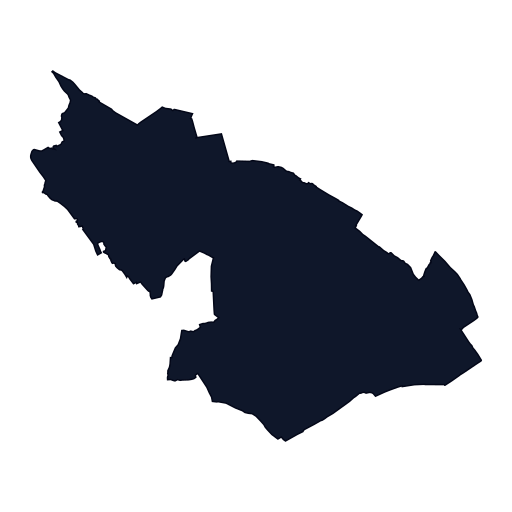 the district of Dobarceni, Botosani, Romania
{"feature_id": "2599482B34827774742587", "entity_name": "Dobarceni", "entity_type": "district", "adm_level": 2, "iso_a3": "ROU", "parent_name": "Romania", "parent_adm1": "Botosani", "projection": "mercator", "projection_center": [27.051, 47.84], "detail": "fine", "context": "isolated", "style": "filled", "palette": "ink", "viewbox_px": 512, "rotation_deg": 0, "n_neighbors": 0, "source": "geoboundaries", "source_scale": "gbopen_adm2", "svg_char_len": 5975}
<svg xmlns="http://www.w3.org/2000/svg" viewBox="0 0 512 512"><path d="M444.7,385.2L445.0,385.2L451.9,380.7L459.4,375.4L460.3,374.6L460.7,374.0L460.9,374.3L463.3,372.8L477.2,363.4L480.8,361.1L481.2,360.6L481.3,360.2L477.9,354.6L474.7,350.1L472.8,347.9L471.8,345.6L470.3,344.1L468.8,342.1L460.5,329.3L461.2,329.5L461.8,329.2L463.4,327.4L473.8,320.5L476.9,318.2L477.9,317.0L477.1,315.1L476.6,313.1L475.6,310.8L474.2,306.6L473.3,304.8L471.8,299.5L469.8,294.6L468.0,292.2L466.9,289.9L464.1,284.9L460.4,279.3L460.2,278.7L457.3,274.4L454.9,271.9L450.2,267.6L444.9,261.4L438.8,255.4L435.5,251.9L435.1,251.9L433.3,255.8L432.2,257.4L430.7,260.6L431.1,261.3L430.9,261.6L431.0,261.8L430.4,262.5L430.8,262.9L429.1,264.6L427.5,267.6L427.1,268.1L426.3,268.5L425.9,269.2L424.8,272.0L423.8,275.2L423.7,275.8L424.0,276.4L423.1,276.5L421.6,278.3L418.7,280.3L415.5,277.2L413.2,274.2L410.6,267.6L407.5,264.4L405.2,263.4L403.7,261.2L402.9,260.8L401.0,260.6L397.6,257.7L394.2,255.9L391.1,252.8L390.4,252.7L388.8,253.7L387.4,253.5L387.1,252.7L383.6,250.6L379.5,247.0L379.2,247.3L365.4,236.3L362.7,234.5L359.7,231.4L355.1,227.9L356.3,225.7L355.8,225.4L361.3,216.2L362.0,214.9L361.6,214.7L361.8,214.5L357.3,211.2L354.5,209.9L351.8,208.1L348.2,206.4L342.5,202.8L338.8,201.0L338.7,200.4L335.8,198.7L329.0,195.0L319.9,189.5L315.7,186.8L316.0,186.4L313.1,184.5L312.9,184.0L312.3,183.6L311.4,183.5L310.5,183.8L308.5,182.7L308.1,183.5L306.3,183.8L304.3,182.8L302.5,182.6L300.9,180.8L299.7,180.1L300.5,178.9L298.4,177.8L295.7,175.6L294.9,175.4L293.4,173.2L290.5,172.4L288.7,171.6L287.0,171.4L286.1,171.0L283.1,168.4L281.3,167.4L278.1,166.7L274.5,167.4L273.5,166.8L273.9,166.3L273.8,164.9L267.3,163.4L267.6,163.1L266.5,162.8L261.6,161.7L252.4,160.6L249.6,161.4L236.8,161.1L236.3,162.0L234.3,163.0L232.6,163.2L231.3,163.1L230.9,162.6L230.8,161.3L229.2,161.5L221.4,133.9L197.2,137.6L196.0,138.0L196.0,137.7L196.8,136.7L194.1,127.5L192.5,121.4L191.7,118.9L190.6,118.4L191.5,115.9L192.5,113.7L174.6,109.5L174.1,109.5L173.1,110.5L172.7,110.6L170.9,109.1L165.3,108.4L162.2,107.1L160.6,108.5L156.5,111.6L140.9,122.1L138.7,123.8L137.5,125.1L115.5,112.8L112.7,110.7L111.5,109.2L99.2,102.1L99.3,101.1L98.7,100.8L97.2,99.2L96.2,99.1L95.4,97.9L93.2,97.2L92.0,96.2L89.8,95.3L89.1,95.2L88.8,94.9L86.2,93.7L84.7,93.9L83.5,93.7L82.9,93.3L82.5,92.7L79.4,90.0L75.3,85.0L72.9,82.3L70.1,80.1L68.3,79.6L55.3,72.8L52.8,71.0L52.0,71.8L53.6,73.3L55.9,77.3L59.0,81.7L61.0,86.1L62.7,88.8L64.4,91.0L67.7,94.1L68.3,95.0L69.1,97.2L70.6,100.1L70.1,102.7L69.3,104.5L68.7,106.3L68.6,107.3L68.2,108.2L64.6,112.8L62.4,113.6L61.9,114.2L61.5,115.8L61.5,116.3L61.9,117.5L61.5,120.3L60.1,121.8L58.7,122.6L62.8,130.5L59.8,132.0L61.6,135.6L63.4,137.5L64.2,140.3L63.9,141.1L62.2,141.9L61.1,144.2L60.0,144.9L56.6,146.4L56.2,145.4L53.6,146.1L53.0,147.3L53.5,148.0L54.8,149.3L52.2,148.9L51.5,148.2L50.3,148.5L49.2,148.2L48.1,147.4L43.3,150.2L41.5,151.1L39.4,150.9L34.2,149.5L33.4,149.8L32.0,151.3L31.0,154.4L30.7,155.8L30.7,157.2L31.0,158.6L31.9,160.5L39.8,172.1L43.5,176.9L45.9,180.6L45.2,182.3L44.9,184.0L44.4,185.1L44.5,187.3L44.2,187.7L43.1,191.1L42.4,192.0L42.5,192.5L42.9,192.7L43.7,192.5L45.9,194.1L47.3,194.5L48.1,195.8L50.3,198.4L52.1,199.8L53.6,200.3L54.8,200.9L56.6,201.1L56.8,200.8L60.0,203.0L64.4,206.4L67.6,209.4L74.5,218.8L76.5,218.6L77.3,219.0L77.5,219.7L77.5,220.7L77.4,221.0L76.6,221.0L76.2,221.3L76.2,222.1L77.4,222.6L77.6,224.1L78.7,225.7L78.8,226.7L80.1,226.6L82.2,225.9L83.4,229.3L82.9,229.6L93.7,244.3L95.8,251.0L97.6,254.9L101.3,252.8L100.4,251.2L100.0,249.8L97.8,244.8L97.7,244.2L97.9,242.9L101.1,241.5L102.8,241.6L103.5,242.0L103.9,242.7L103.9,244.1L105.1,245.9L106.3,247.1L105.8,249.4L105.7,250.1L105.0,250.9L103.5,251.4L103.5,251.8L103.8,252.3L105.2,253.1L106.5,253.5L107.2,254.2L108.0,254.3L108.6,255.4L108.9,256.9L109.4,257.3L110.0,258.7L110.8,259.1L110.9,260.4L111.8,262.5L112.4,263.3L113.0,263.1L113.9,263.1L115.4,263.6L115.3,264.5L115.7,266.1L117.1,267.7L119.5,269.7L121.6,270.1L122.6,271.1L125.0,274.4L126.7,277.3L127.1,276.1L127.4,275.9L127.8,276.1L128.9,277.2L129.7,278.7L133.5,283.7L136.4,282.3L136.7,283.6L140.6,281.9L142.1,284.1L147.8,290.4L148.7,291.2L149.8,291.1L150.3,293.8L150.3,295.5L150.8,297.2L151.9,298.9L160.4,296.9L161.6,295.0L162.5,290.6L162.7,290.0L162.7,289.4L162.8,288.7L163.3,288.0L163.7,286.0L164.1,281.1L165.3,278.0L166.6,276.9L168.3,276.5L169.4,275.8L170.7,275.0L171.7,273.9L174.8,269.5L177.0,265.9L183.6,259.2L184.4,258.9L185.0,261.1L185.7,261.4L188.3,259.7L188.9,258.9L199.5,251.0L204.5,253.1L207.3,254.7L208.2,254.9L212.8,257.6L213.5,257.7L211.4,266.2L211.1,276.7L211.5,283.7L211.6,291.0L213.1,291.4L213.2,291.7L214.1,310.1L214.4,314.1L214.6,314.5L218.8,317.7L217.0,319.3L215.2,320.4L213.7,322.3L211.3,322.1L208.3,322.4L206.2,323.2L204.1,323.6L203.1,323.5L199.6,324.6L200.4,327.3L197.6,329.4L196.3,330.2L195.1,330.5L193.8,331.6L192.6,331.6L190.7,331.1L189.0,331.8L187.9,331.6L183.8,330.3L181.8,330.5L180.5,338.7L178.2,344.7L175.4,347.9L172.2,355.6L171.8,357.7L170.5,357.6L170.1,363.8L169.8,365.7L169.4,367.4L167.9,370.7L167.9,372.5L167.7,373.6L168.2,375.1L167.7,376.5L167.5,377.7L167.6,379.7L170.7,379.5L173.4,380.5L175.0,380.9L177.5,379.6L180.2,380.3L182.4,380.0L188.6,379.8L191.6,379.3L193.8,378.7L195.8,377.3L195.3,375.0L197.8,373.4L206.9,387.3L209.3,392.7L211.6,397.1L212.4,401.4L216.6,401.9L218.2,401.7L226.0,403.1L235.6,408.0L242.4,410.7L245.0,412.5L248.5,413.3L252.2,413.7L256.1,416.2L260.5,420.8L263.9,424.6L265.3,427.2L267.5,429.8L271.9,434.5L277.9,439.0L281.3,437.0L283.4,439.5L285.5,441.0L297.4,434.3L302.9,431.6L303.4,430.5L304.4,429.5L314.4,424.2L320.3,420.8L322.4,420.1L324.6,418.7L327.1,416.8L332.9,413.4L349.6,401.3L353.6,397.7L355.6,396.4L359.4,393.2L360.9,393.2L361.0,392.9L362.1,392.6L364.2,392.2L365.2,392.8L366.1,393.1L369.5,392.4L371.3,392.6L372.4,393.0L373.3,393.6L375.5,396.2L384.7,392.0L389.5,390.1L397.1,387.3L402.0,385.8L402.2,386.6L414.3,384.7L423.3,384.3L425.1,384.3L425.2,384.5L444.5,384.6L444.7,385.2Z" fill="#0f172a" stroke="#020617" stroke-width="1.5"/></svg>